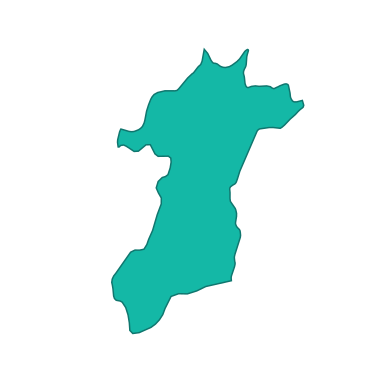 Yala, Equal Earth projection, rotated 15°
{"feature_id": "THA-388", "entity_name": "Yala", "entity_type": "Province", "adm_level": 1, "iso_a3": "THA", "parent_name": "Thailand", "parent_adm1": "", "projection": "equal_earth", "projection_center": [101.243, 6.153], "detail": "fine", "context": "isolated", "style": "filled", "palette": "teal", "viewbox_px": 384, "rotation_deg": 15, "n_neighbors": 0, "source": "natural_earth", "source_scale": "10m", "svg_char_len": 2744}
<svg xmlns="http://www.w3.org/2000/svg" viewBox="0 0 384 384"><g transform="rotate(15 192 192)"><path d="M109.0,167.6L107.2,163.3L106.7,160.8L106.5,152.5L106.9,149.9L107.0,149.6L112.3,149.7L115.2,149.8L117.6,149.5L118.6,149.2L119.8,148.8L121.2,148.0L124.4,145.6L125.9,143.8L127.2,141.5L127.9,137.7L127.9,134.9L127.2,125.6L127.5,118.9L128.2,113.0L128.9,110.3L130.2,107.6L133.1,104.8L139.6,101.3L149.4,98.7L151.3,97.7L152.5,95.7L158.3,83.0L161.7,77.5L162.3,77.0L162.8,76.1L165.4,69.8L166.2,68.4L167.4,66.7L167.9,63.1L166.9,51.0L171.3,54.1L176.3,59.9L178.0,61.3L179.3,62.0L181.0,61.7L182.0,61.7L183.2,61.8L186.4,63.1L187.8,63.4L189.8,63.5L192.1,63.1L195.6,61.3L197.9,59.1L201.5,54.6L202.0,53.9L202.3,53.2L202.8,52.5L203.6,51.0L206.6,42.6L207.2,41.6L208.6,40.0L209.3,40.0L209.8,40.5L209.9,41.5L209.8,44.9L209.9,47.2L211.3,54.5L211.4,55.6L211.4,56.7L211.3,57.6L210.8,59.8L210.7,60.8L210.6,61.8L210.7,62.7L210.8,63.3L211.0,64.1L211.8,65.6L212.4,66.6L213.0,67.9L215.1,73.4L215.8,74.5L216.9,76.0L217.9,76.6L218.8,76.7L219.6,76.4L222.1,74.6L225.8,73.1L229.4,72.6L236.7,70.2L240.4,70.0L242.7,70.9L244.0,71.0L244.8,70.7L246.6,69.1L247.8,68.2L249.5,66.6L253.2,63.9L254.9,63.2L255.9,63.2L256.8,63.4L257.4,63.9L257.8,64.6L261.0,70.9L262.4,74.5L262.9,75.4L263.7,76.4L265.4,78.0L266.5,78.4L267.6,78.5L269.9,77.8L274.9,75.0L277.5,79.3L277.4,81.3L276.9,82.1L275.0,84.6L273.6,86.9L271.8,90.4L268.0,96.1L264.1,103.3L262.2,106.1L260.8,107.6L253.7,108.7L249.7,109.8L240.9,113.6L240.0,114.6L239.4,115.6L239.1,116.5L232.8,159.5L232.5,167.2L232.2,170.9L231.8,172.2L231.3,173.1L229.5,174.9L227.9,176.9L227.5,178.2L227.6,179.3L228.9,182.8L230.4,188.5L231.1,190.2L231.4,190.9L231.9,191.5L238.0,196.7L239.0,198.1L240.6,201.2L240.8,202.1L241.3,204.0L241.9,209.8L242.1,210.8L242.4,211.7L243.9,213.7L245.1,214.6L247.2,215.8L247.8,216.3L248.4,217.0L249.1,218.5L250.1,221.2L250.4,223.3L249.6,241.1L249.7,243.5L249.9,244.5L251.2,247.9L252.0,249.4L252.3,251.0L252.4,253.3L251.8,262.8L251.9,264.0L252.1,265.0L253.0,267.5L229.8,279.7L222.2,286.3L213.9,291.6L205.4,293.7L198.8,298.3L196.1,311.5L195.5,318.0L193.6,323.9L190.9,329.0L187.5,333.3L177.4,341.5L171.4,344.0L167.8,341.8L165.3,334.5L162.0,327.2L157.9,320.8L153.1,316.5L150.9,315.9L146.8,316.2L144.7,315.0L143.2,312.7L140.7,305.9L139.1,302.4L137.9,300.1L137.5,296.8L138.1,293.4L139.5,290.1L148.3,266.0L151.9,262.9L156.5,261.7L160.4,259.7L162.0,254.4L162.4,248.9L163.9,239.4L164.3,222.8L165.4,211.5L163.9,205.7L159.8,201.6L156.4,197.3L156.6,190.6L159.5,185.7L162.3,184.0L164.3,181.5L164.7,174.4L164.1,168.5L162.7,164.7L159.9,163.5L150.0,166.3L146.4,164.8L139.5,157.1L135.4,158.3L129.7,166.4L125.6,167.8L116.7,164.8L113.8,164.3L111.1,165.5L109.9,167.4L109.0,167.6Z" fill="#14b8a6" stroke="#0f766e" stroke-width="1.5"/></g></svg>